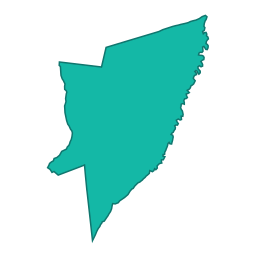 the district of Igarapé-Açu, Pará, Brazil
{"feature_id": "56859067B39490395816756", "entity_name": "Igarapé-Açu", "entity_type": "district", "adm_level": 2, "iso_a3": "BRA", "parent_name": "Brazil", "parent_adm1": "Pará", "projection": "natural_earth1", "projection_center": [-47.522, -1.175], "detail": "fine", "context": "isolated", "style": "filled", "palette": "teal", "viewbox_px": 256, "rotation_deg": 0, "n_neighbors": 0, "source": "geoboundaries", "source_scale": "gbopen_adm2", "svg_char_len": 2778}
<svg xmlns="http://www.w3.org/2000/svg" viewBox="0 0 256 256"><path d="M207.0,16.8L205.4,15.4L202.2,16.6L199.3,18.6L195.9,20.1L193.3,20.7L190.5,21.5L188.3,22.6L186.1,23.2L184.0,23.7L180.8,24.4L178.0,25.2L175.9,25.6L172.5,26.5L162.7,29.7L159.0,31.5L143.3,36.2L129.6,40.3L106.1,47.4L101.5,67.0L78.0,64.2L59.4,62.0L59.2,65.4L60.4,66.5L61.0,75.4L62.2,78.8L63.4,80.6L65.0,84.0L64.6,86.3L64.7,89.4L66.2,90.6L66.8,92.2L66.3,93.8L65.6,98.7L66.0,101.5L65.3,104.0L64.6,105.9L64.8,109.2L65.0,112.7L66.6,120.5L67.8,124.2L69.1,126.0L70.6,129.3L71.8,130.8L72.4,132.9L72.0,136.4L71.3,139.4L70.2,141.7L69.5,144.0L68.8,145.5L67.4,146.8L66.4,149.1L61.7,151.4L59.6,155.2L56.9,157.5L54.1,158.5L53.4,160.8L51.3,162.0L49.6,163.4L49.0,165.0L47.6,167.7L50.1,169.4L52.0,172.4L54.0,171.5L58.2,175.1L80.8,166.5L84.5,165.0L85.5,176.1L86.8,189.5L87.2,192.8L89.6,214.2L92.5,240.6L93.9,237.8L95.4,234.7L96.8,231.3L98.3,228.4L99.8,226.5L100.6,224.5L101.6,223.4L102.3,221.8L104.3,221.1L106.5,217.8L107.8,216.0L109.0,213.8L110.5,211.6L111.6,208.8L112.2,205.3L112.7,203.6L115.2,203.9L118.3,202.7L119.6,200.9L121.2,199.8L124.7,197.4L128.0,194.5L130.0,191.2L131.8,189.1L133.2,188.4L134.8,186.0L137.9,182.9L139.9,182.0L141.2,180.9L142.4,180.0L143.4,178.8L145.0,177.5L146.2,176.0L147.4,175.1L149.3,173.4L149.8,170.6L152.4,171.7L153.9,170.6L154.6,168.7L155.8,169.7L157.3,168.1L157.1,165.9L159.4,163.6L161.8,163.0L161.4,161.4L161.5,159.8L163.3,159.8L164.9,156.7L163.0,156.2L163.1,154.5L164.6,154.3L164.8,152.0L165.7,150.5L166.4,148.5L167.1,146.9L167.6,145.3L168.0,143.5L169.1,142.4L169.9,143.8L171.6,144.0L172.0,142.3L172.5,140.6L173.2,136.9L172.7,135.2L171.1,134.5L172.0,133.1L173.3,132.2L174.1,130.5L175.2,129.1L175.4,127.5L174.7,125.8L176.0,125.0L177.5,125.1L178.3,123.6L177.0,121.8L176.3,120.2L178.3,119.0L180.1,120.0L181.5,119.5L181.2,116.2L182.8,116.3L183.1,114.4L182.4,111.0L181.5,109.7L180.6,107.9L181.1,105.9L181.2,104.2L182.7,103.6L184.3,104.2L184.3,102.4L183.8,100.7L184.6,98.8L186.1,98.6L187.4,97.6L186.5,95.6L186.2,94.0L187.8,93.5L189.3,92.6L187.2,90.3L189.5,89.0L190.4,87.7L190.8,86.0L192.1,85.2L193.6,84.0L195.2,80.8L194.2,79.6L193.3,78.3L194.0,76.2L195.0,75.2L196.5,74.6L196.1,72.9L194.8,71.5L195.9,70.5L197.2,71.3L197.8,73.0L198.9,74.2L200.2,72.8L200.2,71.1L198.1,68.7L197.9,66.8L199.4,65.7L201.0,66.8L202.6,66.1L202.6,64.4L201.9,62.9L200.9,61.5L202.4,60.1L203.8,59.6L204.1,57.7L203.5,56.2L202.1,55.4L200.2,55.3L198.5,54.9L198.9,53.2L200.2,52.3L202.0,52.4L203.0,51.2L202.6,47.0L203.9,46.4L205.8,49.4L207.2,49.6L208.0,47.9L208.2,45.9L207.4,44.5L206.0,43.6L206.4,41.4L207.3,40.0L208.4,38.9L207.9,37.0L206.5,35.8L206.8,34.1L206.0,32.4L204.5,32.6L203.3,33.7L202.6,31.5L204.3,30.3L204.9,27.6L203.9,26.4L204.3,23.5L205.1,21.0L206.1,19.5L207.0,16.8Z" fill="#14b8a6" stroke="#0f766e" stroke-width="1.5"/></svg>